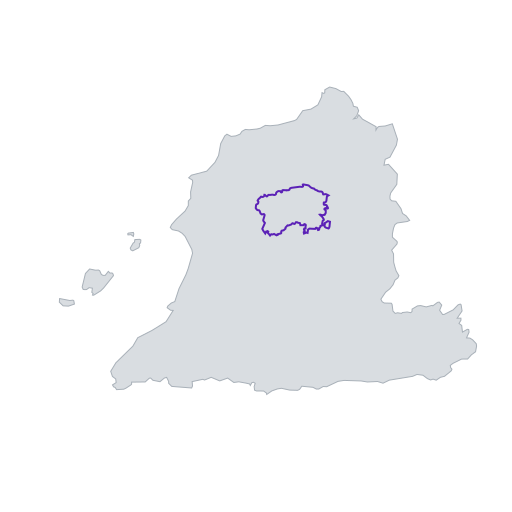 location of Ciudad Real within Spain, rotated 170°
{"feature_id": "ESP-5816", "entity_name": "Ciudad Real", "entity_type": "Autonomous Community", "adm_level": 1, "iso_a3": "ESP", "parent_name": "Spain", "parent_adm1": "", "projection": "albers", "projection_center": [-4.048, 38.963], "detail": "fine", "context": "in_parent", "style": "outline", "palette": "violet", "viewbox_px": 512, "rotation_deg": 170, "n_neighbors": 0, "source": "natural_earth", "source_scale": "10m", "svg_char_len": 7978}
<svg xmlns="http://www.w3.org/2000/svg" viewBox="0 0 512 512"><g transform="rotate(170 256 256)"><path d="M269.5,117.8L269.5,119.2L271.9,121.7L278.9,123.0L280.7,124.1L280.5,127.7L278.9,130.8L280.4,132.1L282.1,132.0L284.1,129.5L284.5,131.1L287.8,132.5L294.8,135.1L299.8,135.3L305.1,140.7L313.4,139.3L321.2,144.3L328.2,142.8L329.8,143.8L340.7,143.4L341.1,139.0L342.3,137.2L361.6,142.2L364.1,145.8L363.8,147.7L365.1,152.0L367.5,151.7L372.4,148.9L379.1,151.5L380.9,154.1L382.3,154.2L387.0,151.2L400.4,153.4L400.8,151.3L401.7,150.7L407.1,148.4L409.3,147.8L416.5,148.6L417.5,151.0L419.0,151.9L419.7,154.0L415.7,155.6L415.5,159.3L418.3,162.3L419.1,167.7L412.5,175.2L392.9,188.6L386.6,196.1L371.5,200.7L356.0,206.9L347.0,216.8L349.5,217.4L352.5,220.5L351.6,222.0L347.6,224.4L343.9,225.2L337.5,237.2L328.3,249.7L325.0,255.3L318.0,269.7L318.1,273.7L322.4,287.6L324.8,291.2L328.0,294.1L333.9,296.5L335.5,299.0L333.6,301.6L327.9,306.2L318.0,312.6L313.9,317.4L313.1,321.9L310.2,324.1L309.3,330.4L305.6,339.4L305.4,341.7L308.7,344.7L305.6,346.8L289.8,348.1L280.2,355.3L275.4,361.5L271.2,372.9L265.9,379.7L263.5,381.0L259.7,378.1L255.0,377.8L250.5,378.8L248.2,381.2L244.5,382.5L240.9,381.5L233.0,380.9L229.6,381.1L224.1,383.0L219.4,381.8L211.5,381.2L194.5,382.7L192.3,383.4L184.7,391.0L176.4,391.1L168.8,394.1L163.7,401.4L162.6,405.4L161.2,404.4L160.0,404.7L159.3,407.8L154.1,409.6L148.3,407.0L143.5,403.2L141.0,402.9L137.0,397.1L135.3,393.4L134.1,389.4L134.1,386.6L130.5,384.9L129.7,381.3L132.4,376.6L136.0,374.1L132.7,374.3L130.3,377.2L127.4,372.3L115.3,362.5L116.0,359.2L113.9,361.6L112.4,362.2L106.2,361.6L98.8,362.5L96.4,346.4L98.5,340.8L106.9,330.1L112.0,328.8L114.2,323.2L109.6,323.3L102.6,312.1L104.9,302.1L112.4,294.7L113.7,291.7L114.1,288.8L112.8,286.8L108.8,285.6L105.0,277.4L104.3,272.4L101.1,269.4L98.5,264.4L101.0,263.7L111.2,264.0L113.7,262.8L115.7,259.6L117.8,254.2L118.4,250.8L114.6,245.9L114.5,244.9L115.1,243.3L121.4,238.2L120.2,234.2L121.5,225.9L121.1,221.0L120.6,217.0L118.7,211.8L120.1,209.8L123.3,208.1L126.0,203.9L129.8,200.5L134.7,197.8L140.5,191.8L139.7,189.0L137.8,187.4L130.9,186.0L130.4,184.7L130.7,178.0L128.9,175.3L126.4,175.5L122.6,174.2L121.7,174.9L116.8,174.6L113.4,173.3L112.0,174.2L111.5,176.6L105.7,178.8L102.5,178.6L97.2,176.3L91.2,176.8L90.5,176.2L85.3,178.8L83.6,178.8L81.6,175.4L84.6,170.7L82.4,166.0L80.8,165.8L71.2,168.7L65.5,172.8L63.2,173.2L62.5,172.4L62.6,166.1L68.7,159.8L65.0,159.2L65.3,157.2L67.8,154.3L65.5,151.9L65.9,145.2L60.6,147.1L59.3,146.7L59.4,144.0L62.9,138.8L59.6,138.0L57.2,135.8L54.3,131.3L54.4,129.0L56.4,123.6L61.0,121.3L65.5,117.8L71.5,118.8L80.6,116.1L83.7,114.5L83.7,112.3L82.7,110.5L83.7,109.0L91.2,104.8L95.5,104.5L100.1,102.4L103.0,104.0L105.6,103.6L108.5,105.5L112.3,109.6L118.0,111.4L122.7,110.3L146.2,110.6L153.0,108.7L158.1,111.3L168.2,112.6L174.2,114.7L190.9,118.2L197.0,118.3L209.1,115.0L212.5,115.8L217.3,114.1L219.7,114.5L222.7,116.8L233.5,119.8L236.2,117.1L238.3,116.5L246.1,118.1L253.9,121.3L257.9,121.4L263.8,120.4L269.5,117.8ZM422.7,252.7L425.8,253.8L428.7,252.4L430.4,252.6L432.0,253.1L432.6,255.6L427.0,268.4L422.1,272.1L416.6,269.9L413.5,269.5L412.5,268.6L411.5,264.7L410.0,263.5L407.9,263.1L404.1,266.5L402.7,264.5L400.7,264.3L399.9,263.1L399.8,261.4L411.6,251.0L415.1,248.6L422.6,245.6L423.8,245.9L422.9,247.4L424.0,248.7L422.7,252.7ZM457.7,244.7L456.8,248.2L447.1,244.5L444.0,244.3L443.2,243.6L443.2,240.2L449.4,239.2L454.6,240.4L457.7,244.7ZM373.3,290.7L372.4,293.2L367.6,292.6L366.6,291.7L367.4,288.9L368.7,288.4L368.7,286.5L370.0,284.5L376.5,282.5L378.1,283.7L378.5,285.6L374.8,290.0L373.3,290.7ZM378.5,300.1L377.8,300.7L372.7,300.5L372.5,298.9L373.4,296.6L375.4,298.7L378.4,299.0L378.5,300.1Z" fill="#d9dde1" stroke="#a8b0b8" stroke-width="1"/><path d="M244.5,279.7L245.1,281.6L241.5,287.0L242.5,288.9L242.7,289.6L242.6,290.2L240.5,294.5L240.4,295.0L240.8,295.8L241.5,296.0L243.0,295.9L244.1,297.0L244.6,299.7L245.1,300.5L246.7,301.0L247.6,302.4L247.9,303.0L247.8,303.8L247.1,306.1L246.8,306.6L245.3,307.1L244.9,307.4L244.6,307.8L244.2,309.1L244.8,310.2L244.5,310.7L244.1,311.1L243.4,311.8L242.9,312.0L242.7,312.2L241.8,312.7L241.6,312.8L241.3,313.1L241.2,313.3L240.9,313.5L240.7,313.6L240.2,313.4L240.0,313.2L239.7,313.1L239.4,313.0L238.9,313.0L238.5,313.1L238.0,313.3L237.4,313.8L237.2,314.0L237.2,314.5L237.1,314.8L236.7,314.7L236.3,314.2L235.6,313.2L235.3,313.0L235.1,312.8L234.8,312.8L233.9,313.4L233.5,313.8L233.2,314.0L232.8,314.0L231.7,313.7L229.6,313.6L229.0,313.5L228.4,313.3L227.8,313.0L227.5,312.9L227.0,312.9L226.3,313.0L225.8,313.3L225.6,313.6L225.4,313.8L225.4,314.1L225.3,314.4L225.2,314.6L224.8,315.1L224.0,315.6L223.2,315.9L222.9,316.0L222.5,316.0L222.0,315.9L220.9,315.7L220.7,315.5L220.6,315.3L220.5,315.0L220.5,314.7L220.4,314.5L220.2,314.3L219.9,314.2L219.5,314.3L219.2,314.5L219.0,314.8L218.9,315.7L218.8,315.9L218.6,316.1L218.2,316.2L217.8,316.2L216.2,315.8L215.6,315.7L214.8,315.4L214.6,315.3L214.3,315.4L214.1,315.5L213.6,315.3L213.3,315.2L212.9,315.2L212.4,315.2L212.0,315.3L211.5,315.6L211.3,315.9L211.0,316.5L210.4,316.8L209.4,317.0L200.6,316.6L199.4,316.2L198.8,316.1L198.1,316.1L197.9,316.2L197.6,316.4L197.5,316.7L197.5,318.2L197.1,318.3L196.7,318.2L194.7,317.4L194.3,317.3L193.5,317.0L192.1,316.4L191.8,316.2L191.5,315.8L190.9,315.0L190.1,314.0L189.3,313.3L188.8,313.1L188.4,312.8L188.0,312.6L187.7,312.6L187.4,312.5L187.2,312.4L186.9,312.0L186.8,311.7L186.5,311.3L185.4,310.5L184.9,310.2L184.3,309.9L184.2,309.6L184.0,309.4L183.6,309.1L182.3,308.5L181.9,308.4L181.3,308.3L180.9,308.3L180.5,308.1L179.8,307.7L179.5,307.2L179.3,306.9L179.3,306.2L179.3,305.9L179.2,305.3L179.1,305.0L178.8,304.9L177.9,304.9L177.5,304.9L176.9,304.9L175.9,304.5L174.1,303.1L174.6,302.9L174.9,302.8L175.1,302.9L175.3,302.8L175.5,302.7L175.8,302.3L176.1,301.5L176.9,298.8L177.0,298.4L177.5,297.5L177.8,297.3L178.0,297.1L178.2,296.9L178.5,296.8L178.8,296.8L179.6,296.9L179.9,296.9L180.0,296.7L180.2,295.8L180.3,295.3L180.2,294.8L180.0,294.6L179.2,294.4L178.0,294.0L177.8,293.8L177.6,293.6L177.5,293.3L177.5,293.0L177.5,292.7L177.5,292.4L177.4,292.4L177.2,292.2L177.0,291.7L177.0,291.4L176.9,291.2L176.8,290.9L176.8,290.6L177.0,290.4L177.3,290.3L177.6,290.4L177.8,290.5L178.6,290.9L179.1,291.1L179.4,291.1L179.7,291.0L180.4,290.6L180.5,290.3L180.5,290.0L180.3,289.7L179.7,289.4L179.5,289.2L179.4,288.8L179.5,288.2L179.8,286.6L180.0,286.2L180.1,285.9L180.3,285.7L180.8,285.3L180.9,285.0L181.1,284.8L181.3,284.6L181.6,284.6L182.1,284.7L182.4,284.8L182.7,284.7L183.2,284.6L183.8,284.7L184.0,284.8L184.3,285.0L185.3,285.5L185.5,285.6L185.9,285.6L185.5,284.9L184.6,283.9L184.3,283.6L184.1,283.3L184.1,283.1L183.6,282.2L183.0,280.7L182.9,280.4L182.9,280.0L183.1,279.6L183.4,279.5L183.7,279.4L184.0,279.2L184.3,278.9L184.8,277.5L185.2,276.7L185.3,276.0L184.9,274.7L187.2,274.5L187.3,273.9L187.7,273.4L188.2,273.0L188.7,272.8L188.9,271.9L189.2,271.2L189.6,270.8L190.4,270.8L190.8,272.6L191.2,273.1L191.5,273.3L191.9,273.4L192.3,273.2L192.6,272.6L192.8,272.5L193.0,272.4L198.7,273.7L200.2,272.9L201.2,269.8L202.2,270.3L204.8,269.8L204.8,270.1L204.9,270.9L204.8,271.3L204.4,271.5L204.1,271.7L203.7,271.9L203.7,272.4L203.7,272.7L204.1,273.1L204.2,273.4L204.2,273.8L204.1,274.1L203.6,274.7L202.4,274.5L202.1,276.4L201.6,277.6L201.6,278.0L201.8,278.4L202.5,278.9L202.8,279.0L203.1,278.9L203.8,278.1L206.9,278.6L207.1,280.8L209.0,281.5L209.8,282.2L210.9,282.3L211.7,281.3L212.2,281.0L212.8,280.9L214.1,281.9L214.5,281.9L215.9,280.9L218.7,280.4L219.6,280.7L222.0,278.9L222.2,277.8L224.4,276.5L226.1,276.5L226.6,276.2L226.9,275.7L227.2,274.2L227.6,273.9L230.9,273.7L230.9,273.1L232.2,272.8L234.4,274.6L235.9,274.3L237.2,274.8L238.6,273.7L239.4,275.3L240.5,276.9L239.7,277.8L240.2,278.5L241.8,278.3L243.0,276.6L244.5,279.7ZM179.8,270.5L182.4,271.9L183.0,272.6L183.3,273.1L183.4,273.6L182.7,275.3L183.1,275.9L182.6,276.5L182.3,276.6L181.2,276.9L180.5,277.3L180.3,277.4L180.1,277.5L179.9,277.5L179.2,277.9L177.2,276.9L178.6,272.0L179.4,270.7L179.8,270.5Z" fill="none" stroke="#5b21b6" stroke-width="2"/></g></svg>